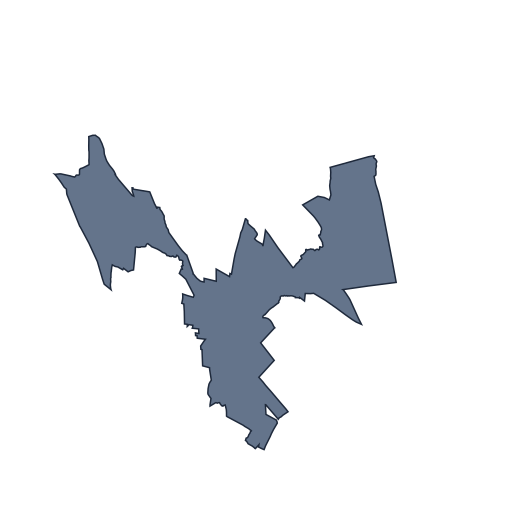 outline of Apizaco, Tlaxcala, Mexico, rotated 335°
{"feature_id": "50627088B30859164427191", "entity_name": "Apizaco", "entity_type": "district", "adm_level": 2, "iso_a3": "MEX", "parent_name": "Mexico", "parent_adm1": "Tlaxcala", "projection": "equal_earth", "projection_center": [-98.132, 19.426], "detail": "fine", "context": "isolated", "style": "filled", "palette": "slate", "viewbox_px": 512, "rotation_deg": 335, "n_neighbors": 0, "source": "geoboundaries", "source_scale": "gbopen_adm2", "svg_char_len": 6127}
<svg xmlns="http://www.w3.org/2000/svg" viewBox="0 0 512 512"><g transform="rotate(335 256 256)"><path d="M405.5,215.1L400.0,213.6L360.6,207.0L360.4,208.3L359.1,211.8L357.3,215.2L356.6,217.2L354.8,219.5L354.4,220.4L352.5,223.4L351.3,226.8L350.7,229.3L349.7,232.3L346.2,236.2L342.7,231.9L337.3,228.0L319.9,229.4L325.0,244.1L325.6,246.4L326.6,251.6L327.1,255.7L327.2,258.0L326.5,259.9L324.9,261.4L324.6,262.2L323.7,263.1L323.4,263.7L323.0,264.0L322.3,263.6L321.9,263.6L321.5,263.9L321.4,265.9L321.8,268.0L321.9,271.3L322.0,271.9L321.7,272.4L321.3,273.7L321.2,274.6L320.6,275.6L319.9,275.9L319.2,275.8L318.7,275.6L318.1,274.8L317.8,274.6L317.4,274.9L317.1,275.7L316.3,276.8L315.4,277.0L314.8,276.0L313.9,275.6L313.2,275.5L312.0,276.0L311.5,275.9L310.8,274.2L310.5,273.9L309.5,273.6L308.7,272.8L307.4,272.7L306.2,272.4L305.3,272.4L304.7,271.6L304.2,271.2L303.9,271.2L303.5,271.6L303.3,272.5L302.8,273.2L299.4,274.6L297.5,274.6L296.9,274.7L296.5,275.2L296.6,277.0L296.5,277.6L296.0,278.0L294.4,277.9L293.9,278.1L293.6,278.6L292.5,279.3L291.8,279.4L290.7,279.9L289.4,280.1L288.5,280.7L285.6,282.2L284.5,282.2L279.4,257.9L276.9,242.7L275.5,236.6L271.0,243.5L268.1,247.5L266.5,250.0L266.6,249.3L266.7,248.4L266.5,247.7L263.4,243.2L262.5,241.4L262.0,239.8L266.1,237.3L266.5,236.1L266.4,234.9L265.9,232.8L265.8,230.9L263.8,226.7L262.6,223.8L262.5,223.0L263.5,220.3L263.1,219.8L262.5,217.9L262.1,217.8L254.7,226.3L252.0,228.5L249.4,232.0L238.2,245.0L235.0,249.3L228.5,258.6L226.1,262.1L225.0,260.8L223.3,263.5L214.4,251.0L209.3,262.1L199.5,254.3L198.0,257.6L197.0,257.0L195.0,255.3L193.0,251.3L191.6,245.6L191.4,245.5L191.8,244.9L193.6,225.9L193.3,225.7L191.4,220.1L189.9,213.8L186.9,197.9L187.5,194.9L187.0,191.8L187.1,191.2L187.5,189.9L187.5,187.5L187.8,186.9L188.1,185.9L188.2,184.6L188.4,183.6L189.7,180.9L189.5,178.2L189.5,176.9L189.3,175.4L188.7,173.3L189.3,171.4L187.2,170.0L187.0,170.5L186.8,170.8L186.3,170.7L186.2,166.7L186.1,166.3L186.8,153.0L173.1,143.6L172.9,143.4L173.3,142.2L172.5,141.8L171.2,145.0L170.8,148.8L170.5,150.1L169.6,149.1L169.2,148.2L163.7,128.4L162.7,122.7L163.2,122.6L163.1,118.9L162.7,116.6L161.5,111.9L160.9,107.1L161.0,104.8L161.6,99.6L163.3,94.8L163.9,89.0L163.8,83.2L162.8,81.1L162.1,80.1L161.5,78.7L159.0,77.6L154.9,77.1L153.6,80.1L150.9,85.6L149.2,89.4L148.7,91.1L146.2,96.4L144.9,98.8L143.4,102.5L143.1,102.7L138.0,102.9L135.7,102.9L134.2,102.6L133.6,102.7L132.8,103.0L132.4,103.5L130.8,106.8L130.6,107.3L130.1,107.6L129.6,107.7L129.1,107.6L127.6,106.8L127.1,106.8L126.2,107.4L125.0,107.8L122.3,105.7L121.9,105.2L114.0,99.2L112.9,98.6L108.5,97.1L108.1,96.8L108.4,97.6L109.7,103.1L110.5,107.3L111.3,112.8L112.2,114.6L112.4,115.3L110.8,119.6L110.6,120.8L108.8,154.6L109.0,155.3L110.0,173.8L109.9,194.0L107.1,212.2L106.5,217.4L110.4,225.3L110.6,223.9L110.8,223.4L111.7,220.8L113.0,218.6L113.4,218.2L114.6,215.2L115.0,214.6L115.4,214.3L116.1,212.7L117.6,209.8L118.3,208.9L119.3,207.1L119.8,206.5L120.0,205.9L122.0,203.3L123.9,205.9L126.1,207.5L129.4,212.2L130.8,211.2L133.4,216.3L136.5,216.3L139.1,216.9L148.0,201.8L150.4,197.2L151.7,197.3L152.2,197.7L152.6,198.3L155.0,199.2L155.7,199.1L156.4,199.3L156.7,199.5L158.8,200.5L159.7,200.7L160.1,200.7L160.2,200.2L162.1,199.1L162.7,198.9L163.3,199.1L163.7,200.2L164.8,202.0L165.3,203.4L169.5,208.0L171.7,211.1L172.5,212.6L173.4,213.9L174.4,214.6L175.4,216.5L175.5,218.0L177.1,219.0L177.4,219.7L179.0,220.7L180.5,220.8L180.8,221.0L181.1,222.0L182.0,222.7L182.9,223.1L184.6,221.9L185.3,223.2L185.5,224.2L185.0,226.4L185.1,227.5L185.4,227.7L186.0,227.7L187.2,228.9L187.5,229.6L187.3,230.1L186.2,231.7L186.1,232.5L185.7,233.2L185.9,233.7L185.1,234.0L184.4,233.7L184.0,233.9L183.9,235.2L183.9,236.1L183.7,236.8L182.7,236.2L179.1,239.4L180.8,243.0L182.6,247.4L183.3,265.4L181.7,266.9L176.8,262.6L173.5,259.4L172.9,260.9L171.9,263.0L170.9,264.6L168.7,267.5L170.3,269.0L167.6,275.9L162.5,287.4L164.9,288.9L163.9,290.8L164.9,290.5L166.1,289.8L169.5,292.1L168.6,293.6L167.7,294.5L173.2,297.8L171.5,302.1L168.6,300.1L167.6,302.6L168.9,303.3L168.0,305.7L175.0,310.1L173.0,311.1L167.8,314.2L166.6,317.3L167.5,318.0L161.2,333.0L166.7,337.6L166.0,339.3L163.0,349.7L161.1,350.8L159.4,352.1L158.9,352.7L156.5,356.0L154.4,359.9L154.1,361.2L154.8,365.2L155.0,365.8L155.0,366.1L151.5,371.3L150.9,372.6L157.5,371.9L157.9,372.1L158.7,373.0L159.7,373.0L161.0,373.5L161.0,374.5L161.6,377.2L161.9,377.3L162.3,377.9L162.6,378.1L162.9,377.8L163.6,377.8L165.1,378.0L164.2,382.6L163.2,385.2L161.6,388.7L162.0,389.5L172.9,404.0L173.8,405.7L176.6,409.7L176.8,410.6L177.5,411.4L177.9,412.5L176.7,412.9L175.5,414.1L173.8,415.1L172.8,416.2L172.0,416.7L171.3,417.0L170.1,416.9L169.4,417.7L168.5,418.7L169.0,419.6L169.3,420.6L169.5,422.8L172.3,426.7L173.4,428.9L173.7,429.9L174.0,430.3L178.8,428.3L177.5,430.1L179.7,432.9L181.5,434.9L184.4,432.1L192.6,425.6L194.8,423.6L198.5,420.7L204.6,416.5L205.0,415.3L205.1,413.3L198.1,403.8L201.7,394.7L202.0,394.9L207.2,413.4L208.7,412.4L210.7,412.4L213.2,411.6L219.2,410.7L218.4,407.1L215.8,397.9L212.7,386.5L210.0,377.2L209.1,373.2L207.3,367.1L228.4,358.3L223.5,336.7L242.4,329.0L242.7,329.0L242.3,327.4L242.3,324.9L242.2,323.3L242.0,321.9L241.7,320.4L241.0,318.9L240.3,317.7L238.5,316.1L236.3,314.9L236.4,313.8L236.2,313.8L238.4,312.9L239.3,312.7L239.2,313.0L239.3,313.0L245.4,310.3L248.2,309.6L249.6,309.5L255.0,308.2L256.3,308.1L257.3,307.5L257.3,306.9L257.6,306.5L259.5,305.3L260.1,304.6L260.6,303.4L262.0,302.9L262.6,303.0L263.7,303.8L264.9,303.7L265.4,304.3L266.1,304.7L266.3,304.9L266.8,304.8L267.3,305.0L267.9,305.8L268.9,305.9L269.5,306.4L270.7,306.7L272.2,307.6L274.4,309.8L274.1,310.4L277.0,311.8L277.7,312.8L278.0,312.7L278.2,312.2L280.9,317.3L284.8,310.8L289.4,313.1L292.5,314.2L300.2,325.6L306.7,336.9L312.3,347.2L316.6,354.7L318.9,358.2L322.7,362.5L322.5,355.3L322.7,335.3L322.5,333.3L321.7,328.1L320.9,323.7L320.6,323.2L344.7,330.5L371.9,339.2L377.8,316.4L391.7,260.9L393.9,249.6L394.8,241.6L396.7,233.7L398.5,233.5L399.4,232.4L399.8,231.4L400.4,230.2L401.1,228.1L403.2,225.3L403.4,224.2L404.1,222.7L405.3,221.7L405.5,221.1L405.1,218.4L404.7,218.0L404.1,216.6L405.5,215.1Z" fill="#64748b" stroke="#1e293b" stroke-width="1.5"/></g></svg>